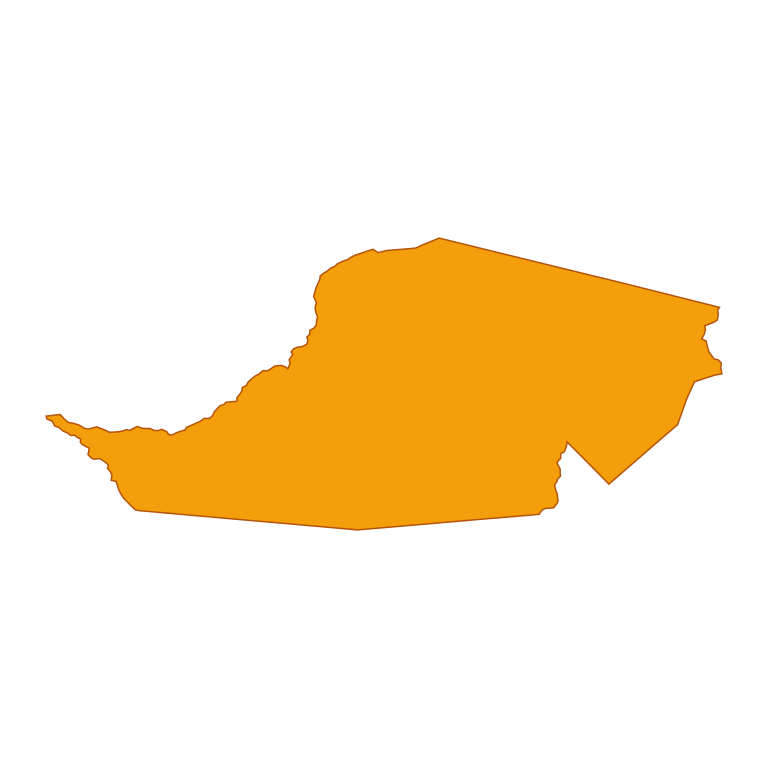 outline of Buíque, Pernambuco, Brazil, rotated 90°
{"feature_id": "56859067B27287722932240", "entity_name": "Buíque", "entity_type": "district", "adm_level": 2, "iso_a3": "BRA", "parent_name": "Brazil", "parent_adm1": "Pernambuco", "projection": "equal_earth", "projection_center": [-37.124, -8.688], "detail": "fine", "context": "isolated", "style": "filled", "palette": "amber", "viewbox_px": 768, "rotation_deg": 90, "n_neighbors": 0, "source": "geoboundaries", "source_scale": "gbopen_adm2", "svg_char_len": 2486}
<svg xmlns="http://www.w3.org/2000/svg" viewBox="0 0 768 768"><g transform="rotate(90 384 384)"><path d="M509.8,632.6L510.6,629.2L518.9,535.7L529.9,410.5L519.5,289.8L515.4,240.7L514.3,228.9L509.9,225.8L508.4,222.4L508.1,218.2L507.7,214.2L503.6,211.0L500.7,210.0L498.0,210.4L493.9,210.7L490.9,212.0L487.8,212.9L484.5,213.3L482.4,211.5L479.1,210.4L476.1,207.5L472.5,207.9L469.1,207.8L466.1,209.4L463.0,211.0L460.6,209.6L458.5,207.3L453.9,207.4L451.7,203.6L449.0,202.5L445.4,201.4L441.9,201.0L453.7,189.1L484.1,159.1L432.8,99.9L424.6,90.4L398.9,81.3L381.7,73.5L375.2,53.5L373.8,46.1L367.3,47.2L363.3,46.7L359.9,49.6L359.0,53.9L355.9,56.1L351.9,59.1L345.9,60.8L341.0,61.9L338.9,66.2L333.7,63.6L329.6,62.6L325.7,63.1L322.1,53.9L320.0,50.7L317.4,50.2L313.6,49.8L310.5,50.4L307.4,48.5L284.6,139.2L278.8,162.6L276.3,173.1L259.1,243.2L250.1,280.0L238.1,328.9L244.8,345.3L248.1,352.4L248.6,357.7L250.1,376.2L250.5,381.1L252.6,389.9L249.3,394.9L251.2,401.0L252.7,405.1L255.3,413.2L257.3,417.1L259.7,420.6L261.2,425.2L263.8,430.6L266.5,433.4L267.8,436.7L271.1,440.9L273.6,445.0L276.2,447.9L279.1,448.1L288.0,452.0L296.5,454.4L302.5,451.6L307.0,452.8L310.4,452.6L314.0,451.6L316.7,450.5L320.5,451.3L324.8,451.8L328.0,453.9L330.2,458.0L334.3,458.4L337.2,461.2L340.4,460.0L344.3,461.3L346.5,465.6L347.1,470.3L349.0,474.7L351.9,476.8L354.6,475.3L359.6,478.8L363.5,477.9L368.8,480.2L366.8,482.6L365.4,487.2L366.1,493.3L368.8,497.3L370.8,500.6L370.7,505.1L374.0,509.0L376.1,512.9L378.5,516.0L382.0,519.8L385.7,521.8L387.4,525.7L390.8,526.1L393.9,528.0L397.8,531.1L401.2,531.0L401.8,536.8L402.2,541.9L404.4,544.0L405.8,548.2L409.0,551.1L411.6,553.5L415.7,555.5L418.4,558.5L418.4,563.9L421.3,567.6L422.6,570.8L425.0,576.1L427.5,581.7L430.0,583.0L431.8,589.2L433.1,592.2L435.1,596.1L434.3,599.6L431.8,601.0L429.3,606.2L430.7,610.0L430.3,614.2L428.5,617.9L428.5,622.0L428.3,625.5L426.5,630.7L427.9,633.7L430.4,638.4L429.7,641.7L431.1,645.6L431.8,649.9L432.3,658.5L429.7,663.9L426.9,671.3L429.1,679.7L428.2,683.9L425.3,688.3L423.4,694.2L422.5,699.4L419.2,703.5L414.5,707.8L416.1,721.9L419.0,721.0L421.4,715.5L425.7,713.5L427.9,708.4L430.7,705.5L433.3,699.9L435.5,697.2L435.2,693.5L437.1,691.2L439.2,687.3L442.2,687.7L444.5,685.8L448.1,678.9L451.4,679.3L454.6,680.0L457.6,677.2L459.2,674.1L458.6,668.1L462.3,662.5L465.1,659.6L468.4,660.5L471.3,657.9L475.2,656.1L480.3,656.8L481.4,651.9L490.0,649.2L494.8,646.6L498.0,644.5L505.4,637.4L509.8,632.6Z" fill="#f59e0b" stroke="#b45309" stroke-width="1.5"/></g></svg>